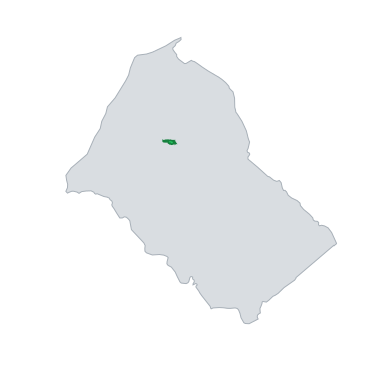 Juaben Municipal, Ashanti, Ghana (highlighted), rotated 140°
{"feature_id": "2480657B53382680619634", "entity_name": "Juaben Municipal", "entity_type": "district", "adm_level": 2, "iso_a3": "GHA", "parent_name": "Ghana", "parent_adm1": "Ashanti", "projection": "orthographic", "projection_center": [-1.389, 6.756], "detail": "fine", "context": "in_parent", "style": "filled", "palette": "green", "viewbox_px": 384, "rotation_deg": 140, "n_neighbors": 0, "source": "geoboundaries", "source_scale": "gbopen_adm2", "svg_char_len": 4345}
<svg xmlns="http://www.w3.org/2000/svg" viewBox="0 0 384 384"><g transform="rotate(140 192 192)"><path d="M232.9,54.4L235.7,57.0L236.3,58.5L235.3,64.1L233.3,68.1L232.1,71.8L232.2,73.7L233.5,75.5L237.7,78.4L239.8,80.3L242.3,83.1L245.3,85.9L250.3,89.6L252.4,90.2L252.3,91.2L251.6,92.6L251.2,106.2L250.9,109.7L250.5,111.5L250.1,116.6L249.5,117.3L248.6,117.3L247.7,117.5L247.5,118.5L247.9,119.5L250.9,120.2L250.2,121.0L248.0,121.7L247.0,123.2L247.4,125.0L246.2,126.4L246.6,127.3L247.4,128.0L248.6,127.8L252.1,125.4L253.6,125.1L255.4,125.6L258.8,129.2L259.0,130.9L257.6,136.9L256.3,141.5L256.1,147.7L257.5,151.2L257.4,153.1L255.8,154.7L252.4,157.1L252.6,158.7L254.2,161.8L257.2,165.1L262.9,169.3L266.0,174.7L266.1,176.9L264.3,179.2L262.3,181.1L261.6,183.9L262.6,202.1L258.1,210.0L258.1,212.3L258.5,214.9L259.8,216.5L262.1,216.9L264.0,218.5L263.3,224.0L262.4,229.7L262.2,232.4L261.7,233.7L259.9,234.8L259.2,236.6L259.7,238.8L259.3,240.5L260.3,242.6L262.4,245.2L265.8,251.7L267.1,252.2L267.6,253.6L267.3,254.9L268.6,257.8L272.3,260.7L276.2,263.2L279.4,263.6L280.1,265.8L282.2,268.7L283.7,269.9L286.1,270.7L288.1,271.2L288.2,273.6L284.7,275.3L282.3,277.8L280.5,281.6L277.9,285.8L269.2,288.1L265.9,288.1L248.0,288.3L231.2,296.6L221.5,299.6L215.6,304.2L207.6,307.5L202.0,311.6L190.4,313.5L171.4,319.8L165.4,322.3L159.4,326.7L149.6,331.8L145.8,331.8L138.1,326.9L132.3,324.5L118.2,320.8L107.7,319.4L102.6,317.8L101.2,317.5L102.4,315.8L105.4,315.7L108.4,316.2L110.8,314.9L114.2,314.7L115.1,313.3L115.4,309.9L115.4,307.1L116.6,305.8L116.9,302.5L115.2,295.2L114.0,294.3L107.9,293.3L107.4,291.8L106.3,290.3L105.2,286.5L103.8,280.9L101.7,273.9L97.6,262.4L96.6,258.4L95.9,254.2L95.8,249.3L96.7,247.5L96.5,244.9L96.2,242.4L99.1,236.5L104.8,229.4L106.0,226.8L107.1,225.0L107.2,222.5L108.3,214.1L111.0,204.1L112.8,200.3L113.9,198.2L115.3,194.9L115.7,193.3L120.9,189.4L123.3,188.3L123.9,186.8L123.1,185.1L123.4,183.9L124.7,183.3L126.6,182.9L128.0,181.2L125.8,168.8L124.1,156.4L124.0,155.4L122.9,153.7L121.9,148.6L120.2,145.6L117.7,144.7L117.7,141.9L120.2,137.1L120.9,134.3L119.7,133.5L119.5,131.3L120.4,127.8L120.0,125.6L119.5,123.3L117.0,117.9L116.4,114.1L117.7,111.9L117.7,106.9L116.3,99.4L116.1,94.6L117.1,92.6L116.6,90.7L114.8,88.9L114.6,87.2L116.2,85.5L116.0,84.1L114.1,83.2L112.3,80.8L110.8,77.1L111.1,71.2L114.1,60.4L114.5,59.5L117.8,59.5L117.8,60.0L128.2,59.9L140.1,59.8L154.4,59.7L167.3,59.6L167.8,59.1L170.0,58.5L183.0,59.6L191.2,59.0L194.6,59.4L197.1,60.1L202.8,59.7L205.8,59.9L208.1,62.6L209.0,62.6L210.2,61.5L212.5,60.2L214.8,59.1L216.4,57.0L217.4,55.4L218.9,55.7L221.0,55.6L222.4,54.3L223.0,52.2L232.9,54.4Z" fill="#d9dde1" stroke="#a8b0b8" stroke-width="1"/><path d="M173.0,240.8L173.1,241.0L173.1,241.3L173.2,241.5L173.3,241.7L173.2,241.8L173.2,242.0L173.2,242.3L173.3,242.3L173.2,242.3L173.3,242.4L173.2,242.4L173.2,242.5L173.3,242.5L173.4,242.8L173.5,242.9L173.6,243.0L173.4,243.2L173.4,243.3L173.2,243.3L174.2,244.1L174.4,244.5L175.0,244.7L175.1,245.3L175.4,245.8L175.9,245.9L176.7,246.5L176.9,247.2L177.5,247.4L178.0,248.0L178.3,248.0L178.9,248.1L179.0,248.3L179.1,248.8L179.8,249.0L180.1,249.0L180.5,249.1L180.7,249.3L181.0,249.9L181.1,249.7L181.3,249.7L181.4,249.4L181.5,249.4L181.6,249.2L181.5,248.9L181.4,248.7L181.2,248.5L181.1,248.4L180.9,248.2L180.7,248.1L180.6,247.9L180.5,247.7L180.3,247.6L180.2,247.5L180.1,247.4L179.9,247.4L179.7,247.3L179.5,247.2L179.4,247.0L179.4,246.9L179.3,246.7L179.1,246.5L178.9,246.5L178.7,246.4L178.5,246.2L178.4,246.2L178.2,246.1L177.8,246.0L177.8,245.9L177.8,245.7L177.8,245.4L177.8,245.2L177.9,244.9L178.0,244.8L178.3,244.8L178.5,244.9L178.6,244.7L178.5,244.4L178.4,244.3L178.4,244.2L178.3,243.9L178.2,243.8L178.2,243.7L178.0,243.4L178.0,243.2L177.9,243.2L178.0,243.1L177.9,243.0L177.8,242.9L177.7,242.9L177.5,242.7L177.4,242.6L177.2,242.4L177.1,242.2L177.2,241.9L177.0,241.7L176.9,241.6L176.7,241.7L176.4,241.7L176.2,241.5L176.2,241.4L176.1,241.2L175.8,240.9L175.7,240.9L175.5,241.0L175.1,241.2L175.0,241.3L174.9,241.3L174.7,241.4L174.6,241.5L174.6,241.4L174.5,241.2L174.4,241.1L174.2,241.1L174.1,240.9L173.9,240.9L173.7,240.8L173.7,240.7L173.8,240.4L173.8,240.2L174.0,240.0L174.0,239.9L174.1,239.7L173.9,239.7L173.7,239.7L173.6,239.8L173.4,239.8L173.2,239.8L173.1,239.7L173.1,239.8L173.1,240.0L173.1,240.3L173.1,240.5L172.9,240.7L173.0,240.8Z" fill="#22c55e" stroke="#15803d" stroke-width="1.5"/></g></svg>